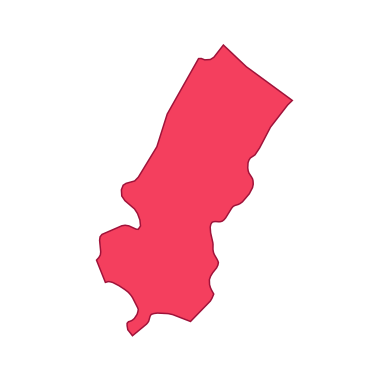 the Province of Ascoli Piceno, rotated 322°
{"feature_id": "ITA-5431", "entity_name": "Ascoli Piceno", "entity_type": "Province", "adm_level": 1, "iso_a3": "ITA", "parent_name": "Italy", "parent_adm1": "", "projection": "albers", "projection_center": [13.465, 42.882], "detail": "fine", "context": "isolated", "style": "filled", "palette": "rose", "viewbox_px": 384, "rotation_deg": 322, "n_neighbors": 0, "source": "natural_earth", "source_scale": "10m", "svg_char_len": 1589}
<svg xmlns="http://www.w3.org/2000/svg" viewBox="0 0 384 384"><g transform="rotate(322 192 192)"><path d="M307.2,95.5L311.9,126.7L327.4,181.6L321.0,182.3L293.8,189.2L272.4,198.9L264.5,201.5L258.9,201.1L256.6,201.9L254.2,203.4L250.8,207.3L249.3,209.9L248.5,212.2L248.1,217.0L247.8,218.9L247.0,220.7L246.0,222.2L245.0,223.6L242.4,225.8L236.0,228.7L225.7,230.8L222.8,230.7L220.8,230.3L217.4,229.0L215.5,228.7L213.1,229.2L202.6,233.1L200.1,233.6L198.0,233.6L196.3,233.0L194.9,232.1L192.4,229.8L190.9,228.8L189.3,228.2L187.0,229.0L184.7,230.9L181.5,235.7L177.3,244.6L176.4,246.1L173.2,250.1L172.3,251.7L171.5,253.4L171.0,255.4L170.4,259.8L170.0,261.9L169.4,263.8L167.5,265.5L164.7,266.9L158.5,268.4L154.8,269.8L151.7,271.8L148.8,275.8L147.6,278.8L147.0,281.4L146.3,285.8L142.6,287.9L139.4,289.2L111.1,293.1L101.3,276.7L98.4,273.2L90.2,266.1L87.1,264.3L84.6,263.4L83.4,263.7L82.3,264.2L78.4,267.1L76.7,267.7L74.8,268.1L56.6,268.6L56.6,261.0L58.5,257.5L60.0,255.5L62.1,255.1L63.8,255.8L66.0,256.3L68.7,256.2L73.4,254.6L75.8,252.9L77.4,251.4L77.9,249.8L80.1,238.7L80.3,235.8L80.2,233.4L80.0,231.4L79.1,227.8L76.8,220.9L73.9,214.6L72.9,213.2L71.8,211.9L70.8,211.0L68.1,209.9L74.8,186.9L78.3,186.3L81.0,185.2L83.2,183.0L89.5,173.1L92.0,170.7L95.0,170.0L115.9,175.4L118.8,177.0L121.4,179.8L125.1,186.9L126.6,188.3L130.5,187.1L133.7,182.0L135.8,175.5L136.3,169.9L133.8,157.5L134.2,151.9L137.7,146.8L141.9,144.3L145.4,144.6L153.6,148.0L158.8,147.3L192.2,134.7L220.5,115.3L279.3,90.9L281.5,92.5L283.4,95.7L288.0,98.9L292.2,99.3L307.2,95.5Z" fill="#f43f5e" stroke="#9f1239" stroke-width="1.5"/></g></svg>